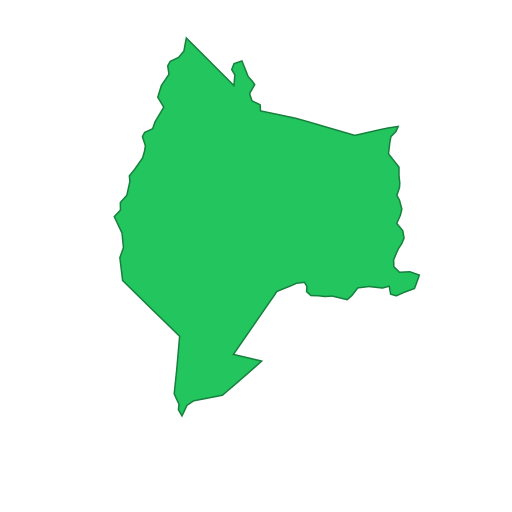 Timbaúba, Pernambuco, Brazil, rotated 114°
{"feature_id": "56859067B92944053188612", "entity_name": "Timbaúba", "entity_type": "district", "adm_level": 2, "iso_a3": "BRA", "parent_name": "Brazil", "parent_adm1": "Pernambuco", "projection": "albers", "projection_center": [-35.348, -7.521], "detail": "fine", "context": "isolated", "style": "filled", "palette": "green", "viewbox_px": 512, "rotation_deg": 114, "n_neighbors": 0, "source": "geoboundaries", "source_scale": "gbopen_adm2", "svg_char_len": 1579}
<svg xmlns="http://www.w3.org/2000/svg" viewBox="0 0 512 512"><g transform="rotate(114 256 256)"><path d="M191.6,128.9L185.4,127.9L179.5,128.0L173.2,132.2L169.0,140.7L160.1,140.7L153.9,141.8L146.8,147.5L143.3,152.0L135.3,152.7L131.1,154.2L124.3,158.1L116.7,161.5L108.8,176.5L97.6,180.0L92.1,181.3L85.5,178.8L79.8,178.8L85.2,187.2L89.9,193.8L101.0,208.6L105.6,214.8L109.7,244.8L112.3,264.0L114.0,275.6L121.6,310.9L116.2,313.7L115.9,322.8L110.2,327.9L99.9,326.9L97.6,330.9L95.3,336.1L83.5,348.2L89.2,354.3L95.6,354.0L99.1,349.0L109.3,345.5L104.5,358.0L101.1,366.9L95.0,382.7L85.2,408.3L90.9,407.0L98.1,405.2L106.1,407.5L113.0,413.5L118.2,414.0L125.4,409.4L138.8,411.8L150.9,410.3L157.6,400.8L174.5,402.8L181.8,402.2L188.4,408.0L193.1,408.3L200.3,401.9L205.4,400.5L212.5,399.5L226.6,402.2L234.3,404.3L239.3,401.5L245.2,400.3L253.1,398.7L262.3,401.7L269.2,398.5L277.7,401.5L281.7,396.8L289.6,387.7L302.3,380.5L312.9,379.7L332.6,367.9L347.3,328.7L356.4,303.8L360.4,293.1L392.1,282.2L415.1,274.7L418.6,270.9L422.6,266.1L427.9,264.4L432.2,258.6L425.9,258.4L420.6,258.4L413.7,254.1L396.8,230.0L388.2,226.0L382.7,223.3L362.8,214.0L349.7,208.1L355.1,236.6L294.9,225.3L284.7,223.3L280.0,222.6L275.7,218.5L269.3,212.3L264.3,207.8L260.4,201.0L263.1,197.1L268.0,195.3L269.8,189.7L267.0,183.0L265.1,176.8L261.6,170.0L258.8,154.9L253.1,152.3L243.7,150.0L238.0,140.5L233.8,127.4L229.4,122.0L236.1,117.5L235.3,111.6L229.6,106.5L221.2,98.0L214.7,98.4L207.0,99.0L207.8,109.0L212.5,118.3L209.7,125.7L203.6,128.7L197.3,128.9L191.6,128.9Z" fill="#22c55e" stroke="#15803d" stroke-width="1.5"/></g></svg>